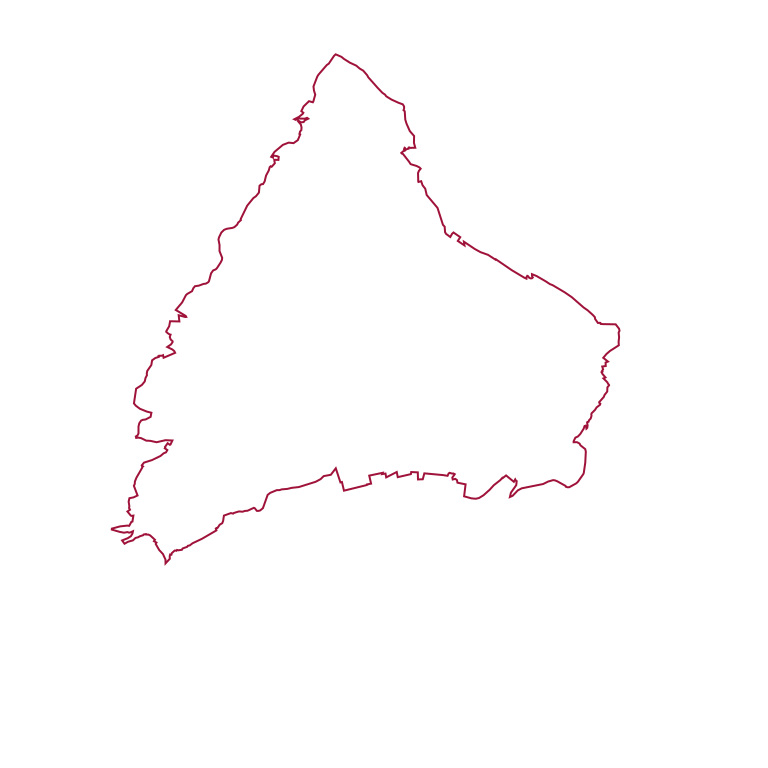 the district of Acatari, Mures, Romania, rotated 119°
{"feature_id": "2599482B54734654419593", "entity_name": "Acatari", "entity_type": "district", "adm_level": 2, "iso_a3": "ROU", "parent_name": "Romania", "parent_adm1": "Mures", "projection": "mercator", "projection_center": [24.657, 46.46], "detail": "fine", "context": "isolated", "style": "outline", "palette": "rose", "viewbox_px": 768, "rotation_deg": 119, "n_neighbors": 0, "source": "geoboundaries", "source_scale": "gbopen_adm2", "svg_char_len": 6154}
<svg xmlns="http://www.w3.org/2000/svg" viewBox="0 0 768 768"><g transform="rotate(119 384 384)"><path d="M522.2,593.3L523.3,590.5L524.0,585.5L523.1,578.0L521.9,573.5L525.9,572.2L530.6,575.3L532.2,577.5L533.7,578.7L537.0,579.0L540.2,578.1L546.4,574.7L548.6,574.7L550.2,575.6L551.3,574.6L550.1,573.1L549.1,570.2L548.8,564.5L547.0,560.8L545.2,554.7L539.1,547.9L536.0,541.7L540.5,541.4L541.0,541.8L540.7,544.5L545.1,545.0L545.3,544.6L546.5,544.6L546.8,541.5L549.4,541.5L551.4,543.1L555.3,544.6L563.1,550.1L569.1,555.8L572.5,556.4L572.9,554.9L573.7,555.4L574.3,554.9L585.9,555.1L590.0,554.6L592.4,553.5L594.3,553.4L601.0,545.5L604.6,548.1L607.3,551.3L610.7,550.3L614.3,547.5L616.0,546.9L617.1,545.2L619.9,546.6L621.8,541.8L621.8,540.9L620.6,539.4L626.3,537.3L627.0,538.1L631.6,538.1L632.3,539.9L636.5,545.8L642.4,551.9L643.3,551.5L641.5,543.6L640.1,539.3L637.9,536.6L637.6,534.9L636.8,533.9L634.5,532.2L636.7,531.5L639.8,531.6L643.0,533.3L647.8,537.2L649.5,533.5L646.2,531.5L642.5,527.8L639.1,526.7L637.2,524.7L635.5,523.7L633.0,521.3L632.2,521.3L630.8,519.6L631.1,519.4L629.9,516.9L629.8,515.0L631.3,508.8L633.0,509.0L633.0,506.1L634.6,506.1L638.2,500.1L639.9,494.9L643.5,490.0L646.8,488.1L640.7,486.6L638.6,487.9L636.8,488.4L636.4,487.2L634.8,487.6L631.6,486.5L630.9,486.1L630.5,484.7L629.5,484.6L629.2,483.3L627.0,480.4L625.5,480.4L621.8,477.2L620.6,477.1L619.3,475.6L616.2,474.3L607.7,468.2L593.3,459.6L592.1,461.0L591.1,460.7L590.9,460.0L590.4,459.8L586.7,459.5L584.2,458.0L581.8,458.3L576.7,460.2L571.1,455.3L570.5,453.1L569.6,452.8L565.8,449.1L564.2,445.7L562.5,444.2L561.0,441.9L555.4,437.8L555.3,436.8L556.6,433.7L555.8,432.2L554.6,431.0L551.3,429.7L537.4,432.0L534.3,430.7L528.8,426.3L527.5,424.0L525.7,422.3L522.7,417.8L519.6,414.4L515.4,408.5L502.7,396.4L497.9,393.3L493.8,392.1L489.2,386.5L481.1,385.3L491.2,374.4L490.1,373.3L496.7,367.3L481.5,350.9L480.3,349.8L480.0,350.1L477.4,347.0L471.3,352.5L462.3,342.1L463.7,341.9L461.6,339.3L464.6,336.8L454.8,330.2L458.8,326.8L449.8,316.8L447.8,317.5L444.9,311.6L451.0,308.0L448.5,303.9L442.6,305.4L435.0,288.1L433.5,283.9L431.0,284.1L429.9,283.6L429.3,280.9L428.6,279.9L428.6,278.4L432.7,278.9L434.2,277.6L432.4,275.6L432.7,273.6L434.7,271.9L432.2,264.0L443.4,259.5L441.6,252.0L439.8,248.0L437.6,245.6L433.0,243.0L425.2,240.3L419.3,238.9L411.7,235.7L408.7,235.0L408.8,234.6L404.8,232.9L406.6,223.0L403.8,223.0L404.8,221.4L404.7,220.8L408.4,219.3L417.5,220.3L421.8,219.1L419.4,217.3L412.2,215.4L408.5,213.0L394.3,196.3L389.8,193.2L386.1,189.5L385.4,187.8L385.1,185.4L385.1,175.8L385.7,175.2L385.3,173.3L384.4,171.9L377.7,167.7L375.5,167.0L366.3,166.0L365.1,166.1L355.3,169.8L345.3,174.7L343.4,176.4L342.4,182.4L341.3,184.1L341.3,186.9L343.0,189.9L342.1,190.4L338.1,190.6L336.0,189.0L332.7,188.1L326.3,187.7L323.5,188.2L322.6,187.4L322.7,187.0L324.9,185.3L323.9,185.0L321.6,185.8L319.2,187.7L318.6,187.7L317.9,186.8L316.4,187.1L313.9,186.5L311.2,187.1L309.8,188.1L308.9,188.2L304.4,186.9L301.4,186.7L297.4,185.0L296.4,185.2L296.1,186.6L295.6,187.0L288.8,185.5L286.6,185.8L282.4,185.1L278.6,187.0L276.0,186.5L275.5,187.0L275.5,187.5L274.2,189.6L272.7,194.8L270.9,193.5L269.4,197.6L268.2,199.5L267.2,198.9L266.5,199.7L265.1,199.4L262.9,201.6L260.8,198.8L257.8,200.6L255.8,199.0L254.8,204.9L250.0,204.0L245.6,202.4L236.3,197.4L233.3,199.3L229.2,201.0L225.3,203.7L223.3,203.8L221.7,205.2L219.5,210.3L225.5,221.6L226.4,223.6L225.7,224.3L225.8,224.8L226.9,226.5L224.7,231.0L223.3,232.0L222.3,235.1L220.8,241.8L220.3,246.6L217.0,262.0L216.2,270.6L215.8,284.6L216.2,287.2L215.8,292.5L215.6,302.9L216.2,307.8L218.0,306.7L218.7,305.5L219.9,305.9L220.6,307.2L220.7,308.4L219.8,310.6L219.9,311.1L221.3,311.2L222.8,310.5L223.0,312.6L222.5,327.5L220.7,346.6L221.2,346.6L220.6,355.6L221.9,363.6L221.9,370.1L220.8,383.1L223.8,380.8L223.1,388.8L218.6,388.5L217.8,396.7L219.7,397.3L223.3,397.3L222.6,402.5L221.6,404.2L217.0,407.2L216.2,409.6L204.0,422.6L198.0,438.3L193.2,442.6L191.5,446.6L188.6,449.8L190.6,451.8L190.3,452.2L183.0,456.5L180.6,456.8L177.9,456.3L177.4,457.9L177.5,461.2L178.8,467.3L177.5,469.7L173.6,478.9L173.8,480.1L173.5,480.9L169.8,479.5L169.1,480.3L167.4,480.5L167.4,480.1L169.2,478.7L167.8,478.2L166.3,476.6L165.4,477.1L164.9,476.8L164.8,475.6L162.2,471.2L158.6,474.7L152.5,477.9L150.3,484.0L145.4,490.5L142.4,493.6L135.4,498.1L135.0,499.7L133.4,499.9L131.5,501.0L130.3,503.2L131.0,507.6L131.6,515.3L131.3,521.5L130.4,523.4L130.1,526.6L128.1,533.0L123.4,546.4L122.1,548.4L120.0,554.1L119.9,558.2L119.0,562.6L119.5,569.5L119.1,576.6L118.5,579.8L119.1,586.1L121.3,586.8L130.6,587.6L132.8,588.7L145.3,591.3L147.5,591.4L158.0,589.9L161.3,587.5L164.3,584.4L171.1,582.8L172.1,582.8L173.0,586.7L180.3,588.9L181.6,588.8L185.4,588.6L185.9,586.0L187.2,586.1L191.6,587.9L195.9,590.8L195.8,589.3L193.2,587.4L190.4,582.0L188.5,580.3L188.7,578.9L191.7,581.0L193.9,581.3L195.4,583.5L195.2,586.6L195.8,586.7L197.4,582.5L199.6,580.5L202.0,579.4L203.8,579.8L206.3,579.2L206.3,578.3L212.5,577.6L217.2,579.9L219.1,584.4L223.9,588.4L234.1,592.3L240.0,592.8L239.8,590.9L238.6,591.4L237.5,590.8L236.5,587.7L236.4,586.2L239.2,585.0L241.1,588.7L243.9,586.5L248.5,587.6L248.5,588.7L249.7,589.1L253.1,588.3L258.9,588.2L264.7,586.6L267.8,586.7L268.7,588.1L270.9,589.0L277.2,586.2L281.8,587.0L284.7,588.4L294.3,590.1L309.4,589.3L310.0,588.6L313.5,589.8L315.8,589.7L319.3,590.9L321.0,592.3L324.4,596.7L326.7,598.6L330.4,599.7L335.7,599.4L337.9,598.8L342.2,595.2L347.5,592.3L352.1,586.7L354.1,585.9L357.1,585.8L363.8,586.3L365.4,586.8L367.5,588.5L371.1,588.9L379.0,586.9L380.3,587.1L382.6,588.5L384.0,590.4L387.7,593.6L390.2,596.8L392.7,597.2L395.9,596.9L400.7,599.8L402.4,600.3L410.5,600.1L420.2,602.0L420.6,590.4L421.2,589.5L421.8,590.4L423.4,596.9L428.5,593.3L432.8,601.5L437.6,599.9L443.5,600.0L443.9,599.8L444.4,597.8L444.6,595.9L444.3,594.6L446.7,594.2L448.5,592.2L449.1,589.6L449.9,589.2L452.7,589.5L456.7,591.5L456.4,585.9L456.9,583.4L458.0,581.8L467.9,589.5L465.9,591.2L467.0,592.0L468.4,594.5L468.8,594.7L469.0,594.0L469.4,594.0L472.1,596.6L475.7,598.3L480.2,596.7L487.4,597.4L490.0,596.5L491.2,595.6L494.4,595.5L497.7,594.5L502.2,595.3L508.3,598.5L522.2,593.3Z" fill="none" stroke="#9f1239" stroke-width="2"/></g></svg>